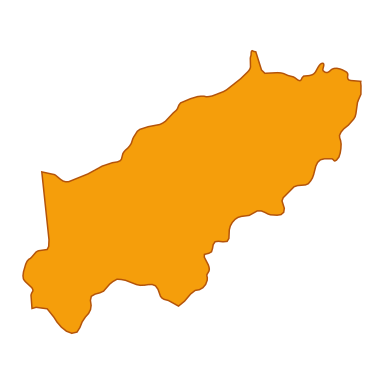 Itapúa, orthographic projection
{"feature_id": "PRY-620", "entity_name": "Itapúa", "entity_type": "Department", "adm_level": 1, "iso_a3": "PRY", "parent_name": "Paraguay", "parent_adm1": "", "projection": "orthographic", "projection_center": [-55.537, -26.832], "detail": "fine", "context": "isolated", "style": "filled", "palette": "amber", "viewbox_px": 384, "rotation_deg": 0, "n_neighbors": 0, "source": "natural_earth", "source_scale": "10m", "svg_char_len": 3133}
<svg xmlns="http://www.w3.org/2000/svg" viewBox="0 0 384 384"><path d="M360.8,81.4L360.6,82.2L361.0,85.9L360.9,94.3L358.3,100.2L358.0,101.2L357.5,102.3L355.9,113.7L355.1,116.7L353.6,119.2L348.4,125.1L343.7,128.9L341.1,132.0L339.5,135.3L339.7,138.0L340.6,140.6L341.1,144.1L340.9,148.4L340.2,153.0L338.9,157.1L336.5,160.1L334.8,161.0L333.9,160.5L333.1,159.5L331.9,158.8L324.4,158.8L320.4,159.8L317.6,162.4L315.8,166.1L313.6,174.7L312.4,178.0L310.7,180.8L308.3,183.7L305.5,184.9L297.4,185.6L294.0,186.8L283.2,197.7L282.0,200.9L284.3,208.3L283.7,212.3L281.0,214.6L277.1,215.2L270.5,214.8L268.0,214.0L264.9,212.4L261.3,210.9L257.3,210.9L249.2,215.4L241.4,216.4L238.0,217.4L235.1,219.3L232.3,222.4L230.3,226.0L229.3,229.8L228.9,238.4L227.1,241.4L223.0,241.8L218.4,241.3L215.1,241.7L213.2,244.6L212.5,248.5L211.5,251.8L208.8,253.3L204.4,254.4L204.3,257.2L208.3,264.9L209.0,267.1L209.3,269.1L209.0,271.0L206.8,274.8L206.9,276.1L207.3,277.6L207.2,280.2L205.6,284.5L202.9,287.7L199.4,289.7L195.2,290.4L190.6,294.0L184.6,301.1L178.5,306.1L168.4,300.5L164.0,299.3L162.0,298.1L160.5,296.3L158.0,289.3L155.5,285.8L152.2,284.5L148.3,284.6L144.3,285.2L143.4,285.2L140.2,285.3L136.6,284.6L125.5,280.3L125.4,280.3L121.3,279.5L117.0,279.2L112.8,281.6L109.7,284.1L103.6,291.1L99.9,292.8L95.1,294.1L91.3,296.3L90.4,300.3L91.1,305.4L90.5,309.6L88.6,313.4L85.4,317.0L82.2,321.8L79.9,327.5L77.0,332.1L71.7,333.3L71.6,333.2L66.4,331.2L61.4,327.2L57.1,322.2L53.9,317.2L47.2,308.8L36.1,307.3L32.0,308.5L31.0,295.4L31.2,294.3L31.8,292.8L32.3,292.0L32.9,290.9L32.9,289.9L32.3,288.4L31.5,287.4L25.6,281.9L24.4,280.5L23.4,278.9L23.0,275.8L23.5,271.8L25.7,264.2L27.1,261.2L28.8,259.3L30.4,258.4L31.8,257.0L36.0,252.1L37.6,251.1L38.8,250.7L47.2,249.5L48.7,246.4L49.0,239.9L41.8,171.9L54.4,174.6L55.5,175.2L60.7,179.5L63.2,181.1L65.8,181.8L68.7,181.7L88.0,173.9L102.2,166.1L112.4,162.7L117.5,161.9L120.2,160.7L121.4,159.3L122.9,153.5L124.0,151.8L125.4,150.2L127.8,148.1L129.7,145.9L131.3,143.4L132.8,138.8L133.7,137.0L137.3,131.3L139.8,129.4L148.2,126.7L159.8,124.5L162.7,123.1L165.4,121.3L173.2,113.0L176.3,110.3L177.4,108.8L178.9,105.1L180.6,102.9L190.5,98.7L197.5,96.6L201.0,96.2L204.0,96.2L206.4,96.8L208.7,96.6L212.1,96.0L223.5,91.6L226.5,89.9L240.6,78.8L247.6,72.0L249.0,70.4L250.0,68.7L250.5,67.1L250.3,58.2L250.6,56.6L251.0,55.4L251.1,54.2L251.1,53.0L251.4,51.5L251.8,50.9L252.3,50.7L253.0,51.0L253.6,51.4L255.8,51.8L261.5,70.0L264.9,73.3L277.4,72.7L280.7,72.9L282.1,73.2L283.7,73.6L288.0,75.5L293.4,76.9L295.1,77.9L297.7,79.9L299.0,80.5L300.0,80.7L300.7,80.2L301.1,79.9L301.4,79.4L301.9,78.1L302.6,77.2L303.7,76.1L309.2,75.6L311.5,75.0L312.5,74.6L313.7,73.9L314.8,72.8L315.5,71.9L318.1,67.2L319.3,65.4L320.3,64.3L321.1,63.7L322.1,63.3L322.9,63.3L323.4,63.5L323.7,64.1L323.8,64.9L323.7,65.9L323.0,68.6L322.8,69.8L323.2,70.8L324.8,72.1L326.1,72.5L327.4,72.5L328.3,72.1L329.3,71.5L331.5,69.5L333.0,68.8L334.3,68.4L336.9,68.3L340.1,69.0L342.5,69.9L345.7,71.6L346.6,72.2L347.2,72.9L347.6,73.5L347.8,74.3L347.8,75.2L347.6,76.5L347.6,77.7L347.9,78.9L348.9,80.0L350.8,80.5L360.4,81.3L360.7,81.4L360.8,81.4Z" fill="#f59e0b" stroke="#b45309" stroke-width="1.5"/></svg>